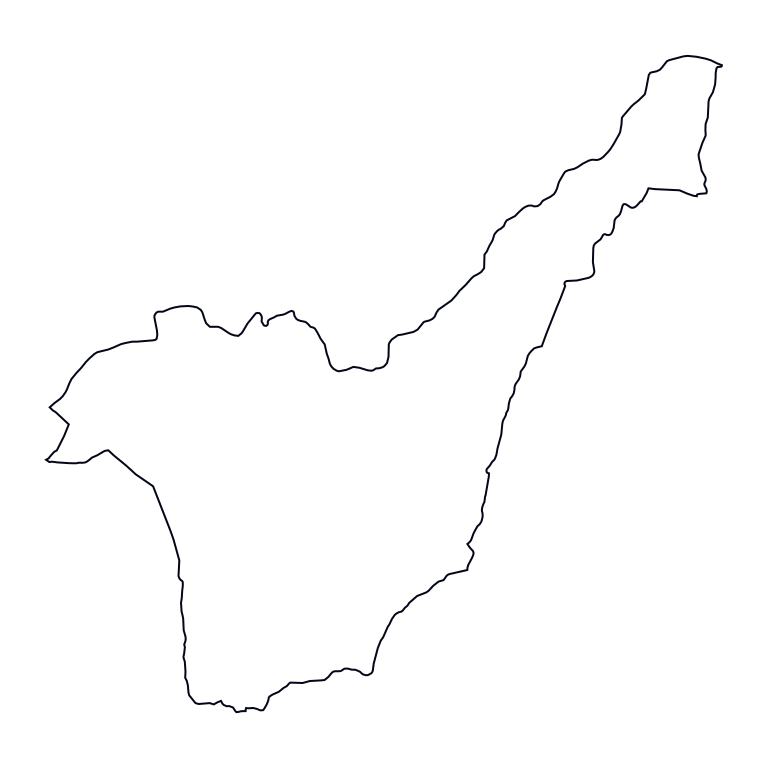 the district of Guachapala, Azuay, Ecuador
{"feature_id": "8360857B86752754342516", "entity_name": "Guachapala", "entity_type": "district", "adm_level": 2, "iso_a3": "ECU", "parent_name": "Ecuador", "parent_adm1": "Azuay", "projection": "natural_earth1", "projection_center": [-78.692, -2.767], "detail": "fine", "context": "isolated", "style": "outline", "palette": "ink", "viewbox_px": 768, "rotation_deg": 0, "n_neighbors": 0, "source": "geoboundaries", "source_scale": "gbopen_adm2", "svg_char_len": 6063}
<svg xmlns="http://www.w3.org/2000/svg" viewBox="0 0 768 768"><path d="M696.8,196.2L696.8,195.5L697.2,194.5L699.3,193.9L706.3,193.3L706.8,191.7L706.5,189.4L704.5,185.3L704.3,184.1L704.7,182.5L705.4,181.3L705.7,179.4L705.5,177.6L701.6,170.6L700.2,163.2L698.9,157.8L698.6,155.3L698.8,153.6L702.4,142.9L705.6,135.7L705.7,134.6L705.4,130.4L705.6,124.1L707.8,117.5L708.6,101.1L709.5,98.2L712.9,92.3L715.1,84.4L715.6,77.8L715.7,72.8L716.5,68.3L717.6,67.0L721.2,66.7L721.8,66.0L721.9,65.2L717.2,63.4L710.9,60.3L705.8,58.7L696.7,56.8L687.9,55.9L685.5,56.1L683.3,56.4L669.4,60.1L666.9,61.2L662.0,67.5L659.8,69.8L656.6,71.3L651.0,72.5L650.1,73.0L648.8,75.0L646.3,88.1L645.0,93.7L644.6,94.5L638.7,100.3L633.4,104.5L631.3,106.5L622.5,116.8L621.9,117.9L621.5,124.3L620.2,131.8L619.2,134.2L613.6,144.1L610.4,149.1L608.1,151.9L603.1,157.1L600.5,158.9L598.7,159.6L596.9,160.0L592.1,159.7L588.8,160.6L582.9,163.6L577.2,167.4L574.0,168.9L568.4,170.2L565.3,171.6L564.0,173.3L559.6,180.8L558.4,183.6L557.1,188.3L555.7,191.5L553.9,194.2L550.5,196.7L543.9,200.1L542.3,201.3L540.3,204.2L537.6,206.1L534.3,206.4L531.8,205.6L530.4,205.5L528.3,205.7L525.5,206.8L523.1,208.3L519.4,211.6L515.0,216.1L506.7,220.4L505.2,222.7L503.8,226.1L500.8,228.7L498.8,229.7L497.0,231.2L494.8,233.8L494.2,235.0L492.7,239.9L491.8,241.7L489.5,245.6L486.8,251.5L484.5,254.6L484.1,268.2L481.2,272.0L477.8,274.2L473.7,276.3L471.3,278.5L465.5,285.1L459.4,290.9L456.4,295.0L451.4,300.5L438.5,309.6L436.6,312.4L434.6,316.8L432.4,318.9L429.5,320.4L424.5,321.7L423.6,322.2L417.6,329.6L413.5,331.9L402.5,334.5L397.9,335.2L391.8,339.5L389.5,342.6L388.8,344.4L388.5,357.0L387.0,363.0L384.5,366.0L382.5,367.3L378.8,368.3L376.1,368.4L373.6,370.0L372.4,370.6L371.2,370.7L367.7,370.3L359.5,367.8L353.4,366.9L346.6,369.8L338.9,371.3L336.7,370.7L333.5,368.8L331.1,366.1L329.9,363.8L328.4,358.2L326.8,353.8L324.7,344.4L320.7,338.9L317.6,332.9L315.1,328.8L313.7,327.7L310.5,326.8L308.1,324.1L305.9,322.2L304.5,321.7L300.2,320.8L297.8,319.9L296.3,318.8L294.5,316.0L293.8,312.4L293.3,311.5L291.5,310.9L289.3,311.7L285.0,314.0L282.8,314.7L276.9,315.7L274.4,317.2L270.3,319.0L268.5,320.2L267.8,321.7L267.9,323.8L267.4,325.0L266.4,325.8L265.5,325.9L263.9,325.4L261.6,321.5L261.9,317.3L261.4,315.8L260.5,314.2L259.5,313.2L257.7,312.9L256.1,313.2L255.0,314.3L247.4,323.7L242.9,331.4L241.5,333.3L238.3,335.9L234.4,335.4L231.1,334.3L228.8,333.1L221.2,328.0L218.1,326.8L209.9,326.8L206.2,323.3L204.8,319.9L202.3,312.2L200.7,309.8L197.0,307.4L193.4,306.6L188.4,306.0L180.3,306.4L174.3,307.5L170.1,308.7L162.9,311.7L158.2,311.7L156.4,312.6L155.3,314.0L154.4,315.8L154.4,317.5L156.9,330.2L157.3,334.8L156.9,337.6L156.4,339.1L155.0,340.0L152.4,340.4L136.5,341.7L132.2,341.7L125.9,342.9L121.1,344.1L113.7,347.4L108.3,349.5L97.3,352.2L94.4,354.0L89.4,358.4L86.0,361.9L81.2,367.9L76.4,373.0L71.5,379.0L69.5,383.0L66.9,389.5L65.7,391.9L62.9,396.0L60.2,398.8L54.3,403.2L49.7,407.3L52.8,410.4L55.6,412.1L68.8,424.4L64.1,436.0L57.0,450.1L56.4,450.7L54.2,451.8L49.6,457.0L48.9,458.2L46.1,459.8L49.3,462.0L52.2,461.7L57.3,462.4L69.5,463.2L76.3,463.3L79.1,462.7L82.5,462.8L85.0,462.5L86.3,462.0L88.5,460.5L92.0,457.6L97.4,455.2L103.4,451.6L105.2,450.8L108.3,450.3L114.0,455.6L126.2,465.6L135.7,474.3L153.1,486.3L170.6,531.2L173.6,539.8L179.3,560.4L178.5,576.0L179.4,578.4L180.6,579.9L182.1,580.9L182.8,582.2L182.8,585.9L182.2,590.8L181.8,597.8L181.0,602.9L181.6,611.7L182.5,615.1L183.2,618.8L183.7,630.3L185.5,636.6L185.7,638.9L185.5,640.8L184.2,644.6L184.9,647.0L184.1,653.9L183.5,656.4L183.6,658.0L184.8,661.6L185.5,671.5L185.2,677.8L186.7,680.7L187.1,682.2L187.9,685.5L188.5,692.7L189.2,695.3L195.1,702.7L195.8,703.2L198.7,704.0L209.7,703.1L213.8,704.4L217.5,702.3L221.0,700.9L222.1,703.1L223.5,704.8L226.5,706.2L229.3,706.1L233.0,707.5L235.6,711.4L236.4,712.1L238.1,712.0L241.3,711.2L245.6,711.1L245.7,709.4L246.1,708.0L247.9,708.3L253.3,708.0L257.3,709.0L259.5,710.1L261.3,710.4L263.2,710.1L264.1,708.9L266.7,704.5L268.3,700.4L268.8,697.5L269.5,696.6L272.1,694.8L278.8,691.8L283.6,687.9L286.7,686.2L289.1,683.5L290.3,682.6L302.6,683.0L310.0,681.0L320.9,680.4L324.6,680.0L328.3,677.0L331.9,672.7L333.1,671.8L334.4,671.3L339.7,671.2L341.1,670.9L344.4,668.7L346.0,668.6L348.5,668.7L351.2,669.6L355.6,669.8L359.9,671.7L362.6,674.2L365.7,675.2L367.9,675.1L371.0,673.5L372.1,672.3L372.8,670.7L373.7,663.7L377.8,648.1L380.7,640.8L383.2,637.2L387.8,626.7L389.4,624.4L392.0,618.9L394.7,615.0L396.0,613.8L398.9,612.2L401.4,611.6L402.7,610.6L404.8,607.9L407.5,605.6L409.3,602.8L417.1,596.0L426.3,592.4L428.5,590.9L433.1,585.9L438.5,581.6L443.6,580.1L446.6,575.8L447.8,574.8L449.3,574.1L467.3,570.0L467.5,567.5L468.2,565.1L471.8,558.3L473.2,555.1L473.6,552.9L473.0,551.1L470.0,547.8L467.4,544.0L469.7,542.0L471.1,540.1L473.5,533.5L475.1,530.4L477.4,526.3L479.8,524.1L481.3,521.7L481.8,520.2L482.6,516.9L482.6,513.6L482.0,511.3L481.9,509.5L482.2,507.5L483.6,503.5L484.4,502.1L485.1,496.3L485.5,495.7L488.8,476.7L489.0,473.4L487.0,472.6L486.5,471.4L486.4,470.1L487.0,468.8L489.9,465.5L492.1,461.9L494.3,459.8L495.1,458.3L496.4,454.8L497.5,448.5L501.3,434.6L502.3,424.0L502.7,421.7L503.3,420.1L505.7,415.6L506.3,412.8L507.7,410.5L508.3,408.5L508.9,403.4L510.3,398.5L512.0,396.4L513.7,393.4L514.5,389.6L514.5,387.5L514.9,385.7L515.7,383.9L518.9,379.3L520.1,376.4L520.7,371.6L524.4,366.5L525.9,363.4L527.8,356.0L529.0,353.9L531.1,351.3L534.1,348.4L536.5,347.5L541.8,346.2L546.3,333.9L556.8,307.3L560.4,298.7L565.2,286.0L564.4,284.1L564.7,282.5L565.4,281.7L566.8,281.0L576.8,280.5L588.4,277.9L589.9,277.3L592.4,275.6L593.4,274.4L594.2,272.3L594.3,270.9L592.9,262.1L593.3,248.2L593.7,245.8L595.0,243.6L600.6,239.3L603.2,234.8L604.0,234.3L604.9,234.2L607.3,235.0L608.5,235.1L609.7,234.8L610.7,234.2L611.6,233.1L612.4,231.6L613.7,228.0L614.6,220.3L615.9,218.0L619.0,215.4L619.9,214.1L621.1,211.1L622.5,205.8L623.6,204.2L625.1,204.1L626.1,204.4L631.0,207.6L633.1,207.8L635.3,206.9L637.1,205.3L640.1,201.9L640.7,201.3L641.7,201.4L646.6,193.1L648.5,188.3L654.7,189.1L679.5,190.3L687.5,193.7L693.6,195.8L696.8,196.2Z" fill="none" stroke="#020617" stroke-width="2"/></svg>